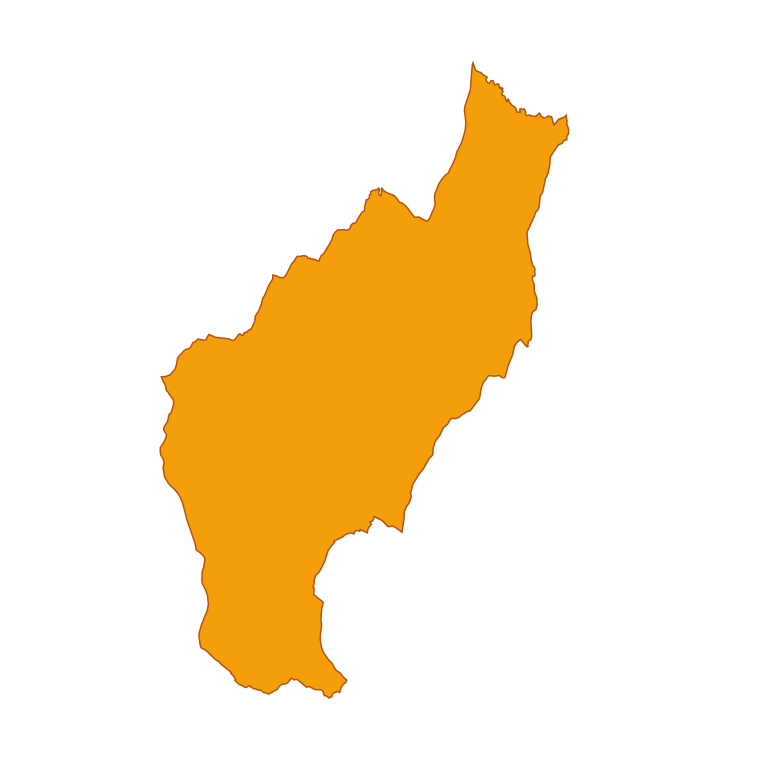 Ventaquemada, Boyacá, Colombia (Equal Earth projection), rotated 348°
{"feature_id": "7082276B51013712707361", "entity_name": "Ventaquemada", "entity_type": "district", "adm_level": 2, "iso_a3": "COL", "parent_name": "Colombia", "parent_adm1": "Boyacá", "projection": "equal_earth", "projection_center": [-73.509, 5.383], "detail": "fine", "context": "isolated", "style": "filled", "palette": "amber", "viewbox_px": 768, "rotation_deg": 348, "n_neighbors": 0, "source": "geoboundaries", "source_scale": "gbopen_adm2", "svg_char_len": 6153}
<svg xmlns="http://www.w3.org/2000/svg" viewBox="0 0 768 768"><g transform="rotate(348 384 384)"><path d="M553.7,277.6L555.4,265.4L565.9,251.1L567.9,247.7L570.8,245.7L572.5,243.1L575.8,232.9L579.1,229.3L584.6,216.8L585.3,215.6L586.2,215.3L587.6,212.6L588.3,212.1L591.7,204.1L593.8,196.7L598.3,191.9L604.3,186.3L608.3,185.6L610.6,183.2L613.6,183.1L614.3,179.9L616.5,177.4L617.3,174.7L617.4,172.3L616.8,167.2L617.7,165.0L617.7,162.0L618.1,159.1L615.0,160.9L613.0,160.6L611.9,161.3L610.3,161.2L605.6,164.8L604.5,166.2L604.0,165.4L603.4,157.3L601.6,157.0L601.1,156.1L600.2,156.6L599.6,156.1L597.5,157.1L595.8,157.2L593.0,154.2L593.0,152.3L592.2,151.4L588.0,153.8L583.8,152.5L582.8,151.3L579.5,151.0L578.5,150.1L579.1,147.6L578.5,144.4L578.1,144.0L576.4,144.2L575.4,143.4L574.2,143.2L573.7,144.0L574.0,145.8L573.7,146.5L570.4,145.5L570.5,143.0L570.1,141.3L568.8,139.4L566.9,137.9L566.5,136.5L565.5,135.0L564.9,131.3L564.1,131.4L563.2,133.2L562.6,132.9L562.2,132.4L562.2,129.7L561.6,127.4L559.5,125.6L559.5,124.3L561.1,122.9L561.2,122.1L560.6,121.2L561.6,119.8L561.5,119.2L560.9,119.1L560.1,119.8L559.8,119.5L559.8,118.0L558.7,118.3L558.4,117.9L558.6,115.0L558.2,114.3L557.2,113.9L555.9,114.6L554.3,114.1L554.0,110.7L553.6,110.0L552.9,109.6L551.6,109.8L549.5,111.9L548.2,111.2L547.2,108.7L547.0,107.1L548.4,105.9L548.6,105.2L545.0,101.9L543.5,99.5L540.3,97.6L538.7,95.6L537.9,88.3L537.0,89.6L535.3,94.8L529.6,114.2L521.2,128.7L519.5,133.0L518.6,144.4L517.1,149.8L516.0,153.1L511.9,160.8L509.5,164.8L503.7,171.8L500.9,177.4L498.4,181.1L490.6,191.1L487.3,192.5L483.1,195.8L479.3,199.6L473.5,208.3L472.3,211.4L471.7,215.1L471.7,217.6L470.7,220.5L463.3,231.1L461.6,232.8L459.1,233.7L457.7,231.9L454.8,230.0L453.9,228.7L452.4,227.8L448.6,227.3L442.7,215.0L439.2,210.6L437.0,209.4L433.8,202.7L432.1,201.1L426.5,197.4L424.8,195.8L423.6,194.4L422.6,192.2L421.8,193.8L422.0,195.2L421.1,195.8L421.3,196.2L421.1,197.1L419.8,199.3L418.4,197.2L418.6,195.5L420.0,193.2L420.0,191.7L419.5,191.3L418.1,192.4L412.8,192.4L411.0,193.3L410.4,195.6L409.1,196.0L408.5,198.6L405.9,200.5L405.0,200.1L401.7,207.4L401.3,209.8L399.7,211.0L398.7,211.1L396.5,212.9L390.4,219.7L389.5,220.5L386.9,220.5L385.0,221.6L383.2,224.5L381.7,225.6L378.6,225.7L377.2,224.6L372.7,224.2L371.1,223.6L368.0,225.2L365.3,227.6L363.1,231.7L360.5,235.1L352.3,243.7L349.1,245.6L346.8,248.7L346.1,250.2L345.6,250.3L341.9,247.6L338.5,246.4L338.0,245.6L336.0,245.7L335.3,243.4L334.6,242.7L331.0,241.6L328.9,241.8L325.8,241.1L325.0,241.5L321.3,245.4L319.1,246.8L310.6,257.3L307.6,259.2L303.9,258.0L301.0,255.6L297.9,254.4L297.0,258.1L292.1,263.2L285.5,272.7L283.7,274.5L281.6,277.9L281.0,279.9L277.2,285.6L276.0,287.3L275.0,287.9L271.8,291.4L271.7,292.7L270.5,296.0L266.1,302.0L264.1,303.1L262.3,303.4L260.7,304.6L257.8,304.7L256.3,307.0L254.9,306.7L254.1,305.4L253.3,305.0L252.2,305.3L247.3,309.6L245.6,310.0L244.2,309.6L241.4,307.4L228.9,303.3L223.2,299.2L221.1,300.9L219.4,303.5L218.3,303.9L216.8,303.7L211.6,301.4L210.6,301.7L208.4,303.3L205.6,303.9L202.3,308.0L200.9,308.8L197.0,309.0L194.7,310.2L192.0,312.5L190.1,313.4L187.3,316.1L185.0,322.0L182.6,326.1L177.0,330.4L172.5,331.3L167.7,330.7L168.8,336.3L169.7,338.5L169.9,345.3L170.9,346.7L171.4,348.4L173.8,353.7L174.5,355.8L174.5,358.0L173.5,361.1L169.7,367.9L169.0,368.7L167.9,368.6L166.7,370.6L164.7,375.4L160.4,379.8L159.2,381.8L159.0,383.6L160.4,387.1L160.7,388.8L158.7,392.3L156.5,395.2L151.9,399.7L150.9,404.5L151.0,407.3L152.3,411.4L152.6,414.9L150.6,419.7L150.1,427.3L150.4,430.4L152.5,436.4L154.4,439.7L157.0,443.1L159.9,448.6L161.2,452.8L162.3,458.7L163.0,475.5L166.1,501.0L165.9,507.5L168.6,510.3L171.7,514.6L172.4,517.6L172.0,519.6L170.4,523.2L170.1,524.8L167.9,528.4L166.9,530.7L164.9,538.7L164.9,541.7L166.8,549.0L167.4,554.0L166.4,563.1L164.1,568.6L155.7,581.1L151.8,588.3L150.9,590.8L150.5,593.4L149.9,602.0L150.3,604.0L154.4,607.4L161.6,618.2L164.5,621.0L167.0,625.1L174.6,634.2L174.0,635.0L176.4,638.9L177.3,642.1L176.5,643.0L179.7,647.5L182.9,649.8L184.8,651.7L186.5,652.2L188.3,651.2L189.5,651.4L193.4,655.1L194.8,655.4L196.9,657.0L200.0,658.0L202.1,660.8L204.2,661.5L206.5,663.4L216.2,660.4L219.0,657.8L221.6,656.4L225.0,656.9L227.4,656.4L232.2,652.6L234.7,654.8L236.7,654.7L238.2,655.6L245.3,664.5L248.0,664.3L252.8,668.5L259.0,670.0L260.5,672.6L260.6,675.6L260.9,676.4L263.3,677.3L264.5,679.4L265.0,679.7L267.9,679.0L268.7,677.3L270.0,675.8L274.8,675.1L276.1,676.3L276.7,676.2L278.5,672.6L280.7,670.2L281.4,669.4L284.1,668.3L286.0,666.0L283.0,661.8L281.0,657.4L279.6,656.3L277.2,653.3L275.1,646.5L271.7,640.8L268.8,633.7L268.1,628.3L268.4,621.6L269.2,617.4L272.8,606.9L273.2,601.7L275.4,593.9L276.9,589.5L279.2,584.9L271.4,575.3L273.0,570.1L273.1,568.6L272.5,568.2L272.6,567.8L274.0,564.9L275.2,560.8L277.0,557.8L278.8,555.9L279.4,555.9L280.8,554.9L283.5,552.2L289.3,544.8L294.6,535.4L298.6,531.6L302.9,528.6L302.2,527.4L302.4,527.2L311.4,525.1L315.2,523.1L320.9,522.7L323.3,524.4L324.7,522.4L325.7,521.8L327.2,521.7L329.8,522.9L330.3,521.4L336.8,526.0L337.9,522.9L339.7,520.8L342.4,518.8L342.3,517.7L341.6,516.6L341.8,515.7L344.1,515.7L345.5,514.4L346.9,511.6L353.9,517.2L358.0,524.0L359.2,524.7L361.7,524.4L363.2,524.9L365.9,527.2L370.7,532.7L375.4,520.5L377.0,514.3L377.9,512.2L380.3,508.9L384.1,505.1L386.4,501.4L387.3,499.5L387.3,496.5L390.9,489.0L391.9,487.4L400.3,478.7L404.8,475.2L412.6,466.4L416.9,463.4L418.9,456.6L422.2,450.8L428.4,445.3L433.0,439.1L437.9,436.4L441.6,432.3L443.9,431.8L446.3,432.6L449.7,432.4L455.2,429.8L460.5,428.0L461.4,428.4L462.7,428.1L474.4,418.1L477.7,409.6L479.7,405.7L482.2,402.5L485.1,400.3L486.9,398.2L488.6,397.7L494.3,399.4L498.5,399.6L501.0,402.4L502.8,402.9L503.8,402.4L509.6,391.3L516.0,381.9L519.1,374.8L522.5,371.0L526.8,368.7L531.2,377.0L532.1,377.4L532.7,377.1L533.0,374.6L533.6,374.1L533.7,372.5L536.8,371.2L538.0,369.0L538.7,366.5L540.7,352.9L542.7,347.1L543.6,345.3L544.7,344.2L548.1,342.8L550.1,338.9L551.4,331.4L550.4,326.1L550.5,323.8L551.5,318.2L551.3,316.1L550.9,314.9L551.1,311.2L551.7,309.5L553.1,310.0L554.4,309.0L554.8,305.2L555.5,303.5L555.4,301.3L554.0,298.5L554.1,296.3L553.7,294.5L554.3,285.9L553.7,277.6Z" fill="#f59e0b" stroke="#b45309" stroke-width="1.5"/></g></svg>